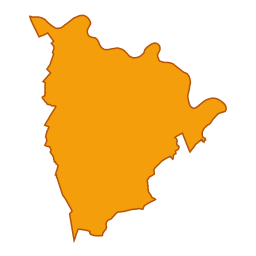 outline of Pomi, Satu Mare, Romania
{"feature_id": "2599482B42596720355480", "entity_name": "Pomi", "entity_type": "district", "adm_level": 2, "iso_a3": "ROU", "parent_name": "Romania", "parent_adm1": "Satu Mare", "projection": "mercator", "projection_center": [23.315, 47.676], "detail": "fine", "context": "isolated", "style": "filled", "palette": "amber", "viewbox_px": 256, "rotation_deg": 0, "n_neighbors": 0, "source": "geoboundaries", "source_scale": "gbopen_adm2", "svg_char_len": 5690}
<svg xmlns="http://www.w3.org/2000/svg" viewBox="0 0 256 256"><path d="M155.4,199.3L153.6,198.1L152.3,197.7L151.9,197.4L151.8,197.2L151.1,195.8L151.1,195.6L148.4,191.5L148.3,190.7L148.3,189.5L148.0,188.4L147.7,187.6L148.1,186.3L148.1,186.0L148.0,185.3L147.6,184.8L147.6,184.6L147.6,184.2L147.5,183.8L147.6,183.5L147.5,183.2L147.7,182.5L147.2,180.9L147.2,180.3L147.7,179.5L147.8,179.0L148.3,178.7L148.9,177.9L149.1,177.3L149.3,177.0L152.0,175.6L154.2,174.2L154.3,173.8L154.2,173.3L154.1,171.8L154.1,171.2L153.9,169.9L154.2,169.1L155.0,168.0L156.6,166.2L158.6,164.4L161.5,161.3L165.2,158.9L170.1,156.4L172.8,159.3L172.9,159.2L173.6,154.9L175.0,153.9L175.9,153.7L175.5,151.1L178.2,149.3L178.8,148.1L179.1,147.1L179.1,146.9L179.0,146.6L178.2,145.6L177.7,145.3L177.1,145.1L176.9,143.5L176.6,142.5L177.2,141.0L177.2,140.7L176.8,139.8L176.7,139.2L176.5,138.9L175.9,138.4L175.5,137.6L175.1,137.5L174.9,137.4L176.5,136.3L182.4,133.1L189.0,149.9L190.0,152.0L191.6,149.9L191.9,149.4L192.3,148.9L192.9,148.3L193.8,147.0L194.3,146.6L195.1,145.1L195.8,144.1L197.1,143.2L199.4,141.3L200.2,140.8L200.3,140.6L200.5,140.2L201.3,139.5L201.5,139.4L201.7,139.6L201.9,139.6L202.2,139.9L202.3,140.2L202.0,140.7L202.0,140.9L202.2,141.1L202.9,141.6L203.7,142.0L203.9,142.2L204.8,140.1L205.6,140.0L205.0,138.2L204.0,137.8L202.9,137.1L202.5,136.6L202.3,135.7L202.2,132.6L202.7,131.1L203.4,129.5L204.8,127.5L205.7,126.9L207.7,125.0L208.8,124.6L210.4,123.2L211.4,121.8L212.3,120.2L213.4,118.8L214.6,117.5L215.3,116.7L217.7,114.2L218.9,113.4L220.2,112.9L222.0,112.4L225.1,111.4L225.6,110.6L226.1,109.6L226.2,108.8L226.0,107.4L225.7,106.2L224.6,104.2L223.9,103.6L222.4,102.1L220.9,101.0L217.9,99.2L216.5,98.7L214.7,98.3L212.5,98.1L209.5,98.7L208.4,99.1L207.0,99.6L204.7,100.8L203.9,101.4L202.1,102.7L200.6,104.1L199.6,104.8L197.3,106.8L195.2,107.9L193.9,108.3L193.0,108.2L192.1,107.6L191.0,106.7L190.2,105.9L189.8,105.2L189.2,103.5L188.1,99.1L187.8,97.0L187.8,96.3L187.9,94.8L188.4,92.9L189.3,89.2L189.4,87.8L189.7,86.4L189.9,84.9L190.3,83.6L190.4,82.5L190.4,81.7L189.8,78.6L189.4,77.5L189.1,76.6L188.6,75.8L187.6,74.2L186.7,73.5L184.8,72.6L184.0,72.4L182.1,71.1L180.6,69.8L178.3,68.1L172.9,63.8L170.4,62.9L167.3,62.4L164.0,62.4L159.8,61.1L158.8,59.8L158.6,58.7L157.7,56.8L157.5,54.8L158.0,53.7L158.8,52.2L160.0,49.6L159.9,47.4L159.5,45.7L158.3,44.4L156.4,43.3L155.2,43.1L154.1,43.1L151.4,44.1L147.8,46.6L147.3,46.9L144.9,49.6L143.9,52.8L141.3,55.4L139.3,56.7L137.9,57.2L136.7,57.6L133.6,57.8L132.0,57.4L130.2,56.6L129.3,56.1L125.9,52.3L124.2,50.6L122.7,49.6L121.0,48.9L117.8,48.0L116.8,48.0L116.0,48.1L107.9,49.6L105.1,49.6L104.0,49.3L102.7,48.5L101.5,47.6L100.2,45.7L99.5,44.6L99.0,42.9L98.4,41.6L97.2,39.6L96.3,38.8L95.5,38.0L91.1,37.1L89.7,36.5L88.5,35.4L87.8,34.1L87.4,32.8L87.3,31.2L87.8,29.1L88.4,27.7L90.2,24.6L90.7,23.1L90.1,21.6L89.5,20.1L88.5,18.6L87.6,17.7L86.3,16.7L84.4,15.6L83.2,15.4L82.0,15.4L80.0,15.6L78.5,16.0L76.9,16.9L74.5,17.7L72.8,18.8L71.5,19.9L66.9,23.5L65.1,24.7L63.1,26.4L61.4,27.6L59.7,28.2L56.9,28.4L55.4,28.0L54.1,27.3L51.5,25.5L48.0,22.7L45.0,19.6L42.4,18.1L40.9,17.6L38.1,17.0L34.9,17.0L32.1,17.1L31.7,16.7L31.1,16.5L29.8,16.4L30.9,19.8L31.1,20.4L31.1,20.7L32.0,22.3L32.1,22.7L33.0,24.5L34.6,27.9L37.9,34.4L38.8,36.4L39.1,36.9L40.9,36.0L42.6,35.5L45.9,34.0L47.6,32.9L48.9,34.7L49.1,34.8L49.8,36.1L50.5,36.9L51.1,37.8L53.6,41.1L51.9,42.9L51.3,43.4L51.9,43.9L53.1,45.4L53.6,46.1L54.0,47.3L54.1,47.8L53.9,48.7L53.3,50.5L53.1,50.8L53.0,51.1L52.8,51.8L52.6,52.5L52.9,52.8L52.8,53.0L53.6,53.9L53.6,54.3L53.4,54.6L52.6,57.1L52.2,58.0L52.1,58.6L50.7,62.3L50.4,63.5L49.9,64.8L49.1,65.8L46.9,69.3L47.9,70.1L50.6,72.9L43.0,81.6L44.6,82.4L45.2,82.7L45.2,84.4L45.0,85.1L45.0,87.5L45.1,88.5L45.0,91.0L45.0,91.4L45.0,92.0L45.3,92.4L44.9,93.1L44.9,93.7L44.8,94.6L44.9,95.8L43.1,96.4L42.4,97.1L42.3,97.3L42.2,97.7L42.5,98.1L42.7,98.6L43.5,99.3L44.9,101.3L45.9,102.2L46.4,102.8L46.9,103.8L47.2,104.0L47.9,104.5L49.7,104.6L52.0,105.9L52.4,106.0L54.5,105.7L54.8,105.8L55.0,106.1L55.8,106.5L54.1,109.6L53.4,110.6L49.7,116.6L48.8,118.3L45.2,124.2L44.7,125.3L48.9,126.7L48.5,128.2L48.1,128.7L48.0,129.0L48.0,129.5L47.9,129.8L47.6,130.2L47.2,130.9L47.1,131.4L46.8,131.6L46.7,132.9L46.2,133.8L45.9,135.5L45.9,135.9L45.7,136.3L45.6,137.0L46.3,138.2L46.6,139.3L46.7,140.1L46.5,141.4L46.3,142.2L45.8,143.4L44.8,145.2L45.2,145.5L46.7,146.2L47.7,146.4L48.6,146.4L48.6,146.5L48.9,146.8L49.3,146.9L49.6,146.8L49.8,147.2L50.0,147.7L51.1,149.7L51.1,150.2L50.8,151.0L50.3,151.6L50.5,152.6L50.5,152.8L50.8,153.0L52.4,155.1L53.3,156.7L53.9,159.8L54.3,161.1L54.4,161.7L54.4,161.9L55.3,161.7L55.5,162.3L55.9,162.9L56.0,163.7L57.1,164.4L57.4,164.8L57.9,165.4L58.0,165.9L57.3,168.8L56.1,172.2L55.7,174.2L55.4,174.9L56.5,174.9L56.5,177.1L56.6,177.3L57.1,177.7L57.1,177.9L62.5,194.6L63.0,195.6L65.0,198.3L66.5,200.7L72.1,211.0L69.6,213.9L74.1,240.6L74.9,238.7L75.9,235.1L78.1,229.4L78.2,229.2L81.5,229.5L86.0,230.2L89.4,231.2L89.7,231.3L90.0,231.7L89.7,232.6L89.8,233.2L90.7,234.3L91.0,234.5L92.4,234.9L93.8,235.5L94.7,235.6L97.7,235.8L101.4,235.7L102.2,235.6L102.5,235.4L102.6,235.2L102.6,234.1L102.7,233.8L102.9,233.1L103.3,232.6L104.2,231.2L105.6,229.6L106.4,228.0L106.5,227.7L106.5,227.3L106.1,224.6L106.1,224.0L106.2,223.4L106.6,222.1L106.9,221.5L108.4,219.9L110.5,219.2L111.6,218.5L112.9,216.8L114.6,215.1L115.9,213.6L117.3,212.4L118.2,212.1L124.1,211.4L127.8,210.5L129.9,209.9L132.2,209.4L136.6,209.1L137.1,209.0L137.2,208.8L137.5,208.7L138.7,208.6L140.1,208.7L141.8,209.2L142.7,209.3L142.9,209.2L143.2,208.5L143.4,208.0L143.7,207.0L144.1,206.1L144.6,205.6L147.4,203.7L148.2,203.3L149.3,202.6L150.4,202.2L151.4,201.5L152.2,201.2L154.5,200.1L155.5,199.4L155.4,199.3Z" fill="#f59e0b" stroke="#b45309" stroke-width="1.5"/></svg>